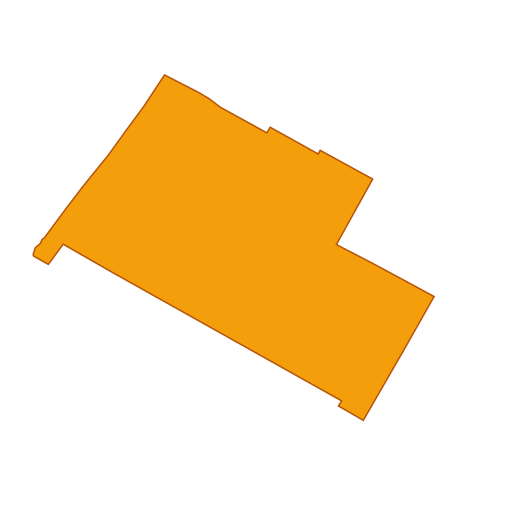 outline of Franklin, New York, United States of America, rotated 306°
{"feature_id": "52423323B52661947985134", "entity_name": "Franklin", "entity_type": "district", "adm_level": 2, "iso_a3": "USA", "parent_name": "United States of America", "parent_adm1": "New York", "projection": "natural_earth1", "projection_center": [-74.342, 44.551], "detail": "fine", "context": "isolated", "style": "filled", "palette": "amber", "viewbox_px": 512, "rotation_deg": 306, "n_neighbors": 0, "source": "geoboundaries", "source_scale": "gbopen_adm2", "svg_char_len": 550}
<svg xmlns="http://www.w3.org/2000/svg" viewBox="0 0 512 512"><g transform="rotate(306 256 256)"><path d="M348.7,75.6L310.5,77.3L282.6,77.1L250.3,77.2L211.2,75.1L181.9,74.4L145.9,74.1L144.1,73.2L142.2,73.5L140.5,73.9L138.7,74.0L133.0,72.6L126.4,74.7L125.2,76.0L127.1,92.9L152.2,93.1L158.2,148.8L189.1,410.4L183.1,410.9L186.1,439.4L267.4,430.8L327.9,423.9L318.6,354.7L312.5,314.3L386.8,305.2L379.2,245.8L375.1,246.3L368.5,191.8L362.0,192.4L355.4,140.0L355.7,125.7L354.5,113.0L348.7,75.6Z" fill="#f59e0b" stroke="#b45309" stroke-width="1.5"/></g></svg>